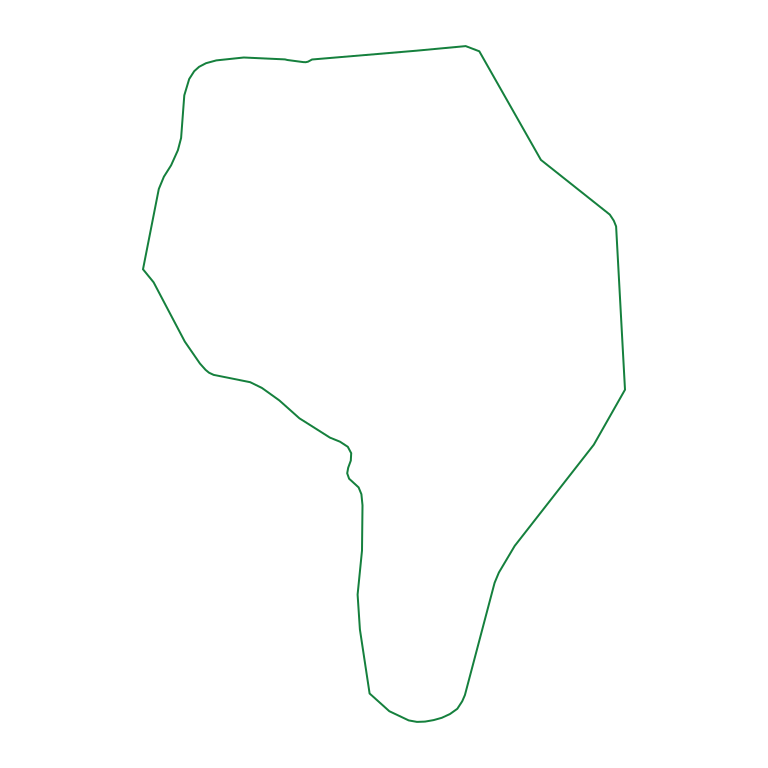 Warrap, Natural Earth projection
{"feature_id": "SDS-872", "entity_name": "Warrap", "entity_type": "State", "adm_level": 1, "iso_a3": "SSD", "parent_name": "South Sudan", "parent_adm1": "", "projection": "natural_earth1", "projection_center": [28.523, 7.841], "detail": "fine", "context": "isolated", "style": "outline", "palette": "green", "viewbox_px": 768, "rotation_deg": 0, "n_neighbors": 0, "source": "natural_earth", "source_scale": "10m", "svg_char_len": 925}
<svg xmlns="http://www.w3.org/2000/svg" viewBox="0 0 768 768"><path d="M305.7,62.2L308.0,61.7L311.5,59.8L312.0,59.5L416.4,50.7L465.7,46.1L479.3,51.3L540.9,159.9L609.8,214.6L613.8,220.7L616.1,226.4L625.0,389.7L593.8,444.7L514.7,545.9L498.9,572.5L494.6,582.8L464.9,695.1L462.2,701.3L457.3,708.8L450.0,714.0L441.8,717.8L433.6,720.1L425.0,721.6L417.0,721.9L408.7,720.4L389.3,711.2L369.6,693.5L359.9,629.4L357.6,594.6L362.0,550.6L362.5,505.3L361.4,494.2L358.6,487.4L349.1,478.7L347.2,473.3L348.2,467.7L350.8,460.6L351.2,453.2L347.8,446.8L340.0,441.7L329.9,437.6L299.4,418.3L279.3,400.4L262.0,388.0L250.2,382.2L213.7,374.9L209.0,372.7L205.5,369.8L199.9,363.5L184.8,341.6L153.6,282.3L143.0,269.3L158.8,189.0L163.9,176.7L171.1,165.3L177.9,150.2L181.1,138.0L184.3,95.3L189.2,79.0L194.2,71.2L199.1,66.8L206.0,63.2L216.3,60.4L243.8,57.5L285.0,59.4L287.4,60.0L303.3,62.1L305.7,62.2Z" fill="none" stroke="#15803d" stroke-width="2"/></svg>